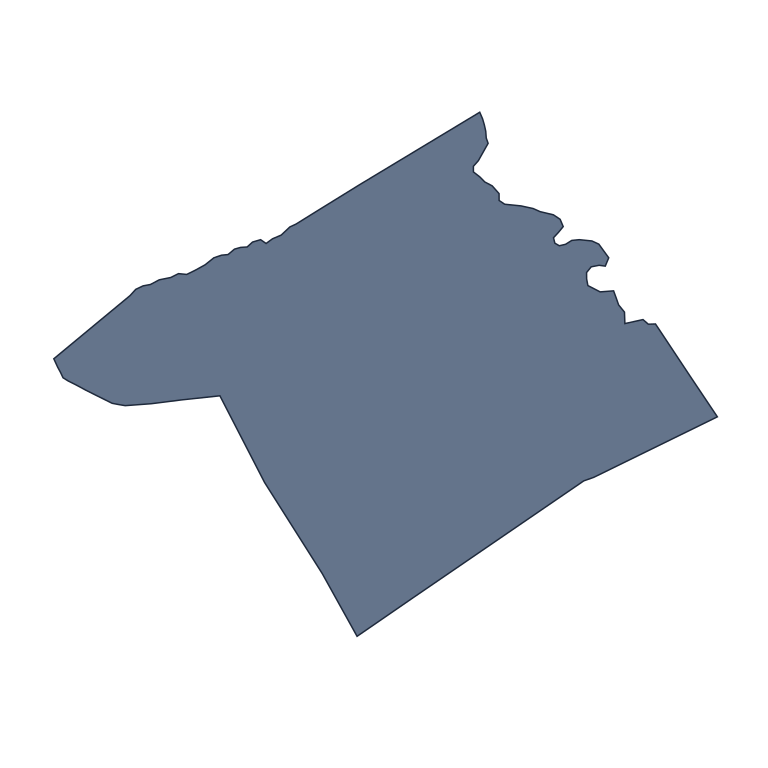 Boa Vista, Paraíba, Brazil (Equal Earth projection), rotated 234°
{"feature_id": "56859067B8000436166889", "entity_name": "Boa Vista", "entity_type": "district", "adm_level": 2, "iso_a3": "BRA", "parent_name": "Brazil", "parent_adm1": "Paraíba", "projection": "equal_earth", "projection_center": [-36.175, -7.261], "detail": "fine", "context": "isolated", "style": "filled", "palette": "slate", "viewbox_px": 768, "rotation_deg": 234, "n_neighbors": 0, "source": "geoboundaries", "source_scale": "gbopen_adm2", "svg_char_len": 1323}
<svg xmlns="http://www.w3.org/2000/svg" viewBox="0 0 768 768"><g transform="rotate(234 384 384)"><path d="M598.5,131.7L589.5,129.9L583.5,129.1L577.7,128.0L572.0,130.3L565.1,133.9L560.4,136.2L554.1,139.2L543.5,144.7L528.2,152.7L523.7,156.9L518.6,161.9L504.8,184.2L490.0,211.1L470.9,244.3L374.5,229.5L266.9,222.6L195.7,213.9L194.0,281.5L188.2,488.7L185.2,498.8L161.5,634.4L211.3,636.3L265.2,638.6L273.0,638.9L277.0,633.0L283.9,631.4L291.3,614.4L300.8,620.8L310.1,620.3L316.7,622.3L324.4,624.5L331.5,613.0L343.8,606.8L349.9,609.7L355.1,613.4L357.0,620.5L353.6,627.8L349.3,632.3L354.0,640.0L370.9,640.0L377.5,636.3L386.0,626.8L389.8,620.3L390.3,613.0L392.8,607.1L397.5,605.0L402.7,607.1L404.1,614.2L406.0,621.5L413.7,623.3L421.3,620.5L431.7,611.6L438.3,607.8L447.6,599.5L458.5,587.3L464.8,585.0L470.4,589.0L480.7,588.0L488.2,584.3L495.0,583.3L503.0,581.0L507.6,584.3L509.2,591.6L517.5,609.7L522.9,611.3L528.7,614.9L534.7,617.5L540.5,619.6L547.6,621.2L559.6,481.4L563.4,430.5L565.1,406.8L566.4,400.2L564.9,388.4L567.0,379.2L567.0,371.2L573.3,369.0L576.1,361.1L575.3,353.8L578.8,348.3L581.0,342.3L580.4,333.9L583.7,328.3L586.1,320.6L585.6,309.2L587.0,298.1L588.6,288.8L594.1,282.6L595.5,274.1L600.4,263.4L601.8,253.5L605.0,246.8L606.5,238.8L604.8,230.6L598.5,131.7Z" fill="#64748b" stroke="#1e293b" stroke-width="1.5"/></g></svg>